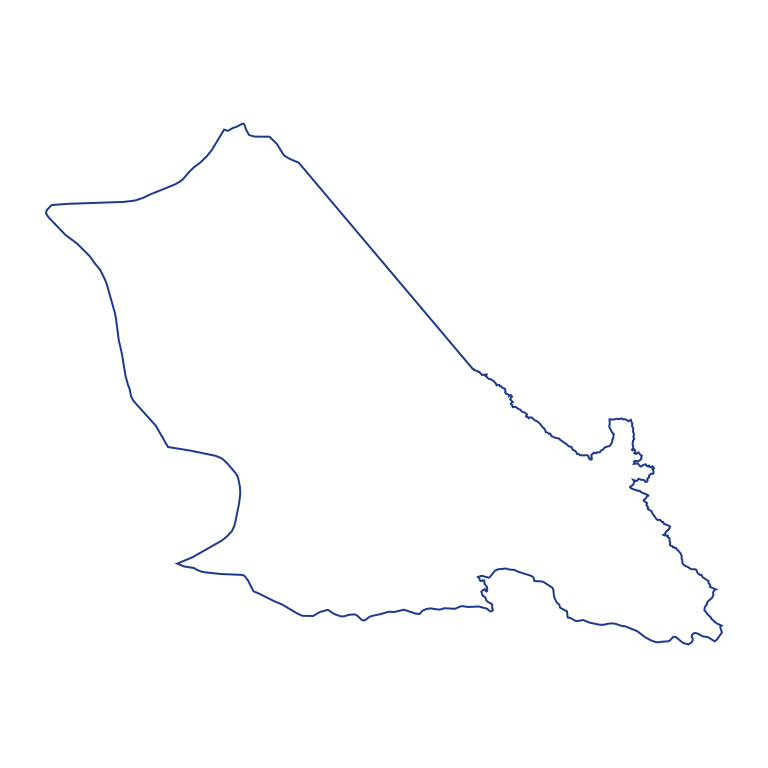 Bualapha, Khammouan, Laos
{"feature_id": "54806243B82377713639337", "entity_name": "Bualapha", "entity_type": "district", "adm_level": 2, "iso_a3": "LAO", "parent_name": "Laos", "parent_adm1": "Khammouan", "projection": "albers", "projection_center": [106.234, 17.341], "detail": "fine", "context": "isolated", "style": "outline", "palette": "blue", "viewbox_px": 768, "rotation_deg": 0, "n_neighbors": 0, "source": "geoboundaries", "source_scale": "gbopen_adm2", "svg_char_len": 6116}
<svg xmlns="http://www.w3.org/2000/svg" viewBox="0 0 768 768"><path d="M721.9,632.5L720.3,627.3L720.3,626.7L721.6,625.6L717.1,623.6L714.4,621.7L712.8,619.8L711.6,619.1L710.6,617.1L707.4,614.3L706.9,613.2L704.4,610.3L704.7,607.8L705.1,606.6L706.9,604.3L706.8,603.4L708.3,601.0L712.1,597.8L713.4,594.7L713.1,592.3L714.4,590.0L715.9,589.4L710.0,586.9L710.2,584.9L708.5,582.9L708.4,581.0L702.6,577.2L701.4,574.8L700.0,574.9L697.8,573.3L696.1,569.6L695.3,569.3L691.0,569.2L687.3,566.6L685.7,566.3L682.7,563.7L682.3,562.3L682.3,560.1L681.5,558.3L681.8,556.3L680.5,553.3L677.8,550.1L677.1,549.9L676.2,548.2L674.4,547.8L674.0,547.2L672.8,547.2L672.4,546.3L670.0,545.2L669.7,543.5L670.3,542.3L669.6,541.3L669.6,538.7L669.4,538.1L668.5,537.8L667.6,536.9L668.0,536.2L667.8,535.6L664.2,535.4L663.4,534.9L664.6,534.4L664.9,533.5L665.5,533.2L666.0,531.5L668.3,530.0L669.6,528.1L670.0,526.5L668.2,525.4L664.0,523.9L663.2,522.0L661.9,521.9L660.3,520.1L659.3,519.8L658.0,520.1L656.8,519.5L652.5,513.6L651.5,511.2L647.8,509.0L648.2,507.4L647.3,506.7L647.2,505.9L646.4,505.0L647.0,503.1L643.7,500.7L644.0,499.7L645.3,498.9L646.4,497.5L646.8,496.4L648.1,495.8L648.9,496.1L647.7,494.9L641.6,492.5L640.4,491.7L639.8,490.7L638.0,490.9L636.0,489.9L634.6,489.9L633.4,489.1L631.7,488.7L630.1,487.4L630.2,486.6L631.8,486.0L632.2,485.2L633.3,484.5L634.3,481.8L633.2,479.9L636.1,481.0L637.1,480.7L638.7,478.7L641.2,479.8L643.8,480.0L644.8,480.6L645.3,481.9L646.7,481.9L647.6,480.4L647.3,478.7L649.1,477.4L649.0,475.8L649.7,474.8L651.2,473.7L653.0,473.8L653.5,473.4L653.3,470.4L652.5,468.8L653.9,468.4L652.8,466.4L650.1,467.1L649.2,465.7L648.3,465.7L648.0,466.4L646.4,465.8L645.9,464.4L643.4,464.8L640.9,466.6L639.8,465.9L637.9,463.5L633.9,463.8L634.6,462.7L634.0,461.7L634.3,461.2L635.2,460.8L637.5,461.3L640.0,460.2L641.5,458.6L641.1,457.5L641.9,455.8L639.7,454.1L638.6,452.4L636.3,453.9L634.4,453.1L635.4,452.1L634.6,449.4L633.7,449.3L632.4,450.3L632.0,449.6L633.0,448.5L633.3,447.6L632.5,443.4L633.0,441.9L632.9,440.7L634.3,438.9L633.4,437.3L634.0,434.2L633.0,431.6L633.3,428.6L631.9,425.6L632.5,423.9L631.8,423.0L630.9,419.8L628.5,421.2L625.2,419.2L623.6,419.5L621.4,418.4L619.2,419.2L616.9,418.7L613.4,419.6L609.5,419.3L609.8,424.3L609.3,425.2L609.3,426.9L612.0,432.3L613.8,434.2L613.1,438.7L612.4,439.2L612.2,442.0L609.8,446.0L605.1,447.2L603.0,449.6L601.1,450.5L599.8,452.3L596.3,452.5L596.0,453.2L595.2,453.2L593.6,452.7L593.2,453.5L591.3,455.0L591.8,459.2L591.4,459.6L590.5,459.6L589.3,458.9L589.4,458.1L588.6,457.5L588.5,456.3L587.1,455.2L581.9,455.4L579.7,455.0L579.1,454.2L577.1,454.0L576.7,452.8L575.2,450.9L572.7,449.8L571.7,447.4L571.0,446.7L569.1,446.5L564.8,442.8L563.3,442.3L561.9,440.8L560.3,440.0L559.2,438.6L554.9,437.7L552.9,436.6L551.4,436.2L550.9,434.8L549.9,433.7L548.8,433.7L547.9,432.8L545.7,432.1L545.2,430.0L544.2,428.6L541.6,426.1L540.9,424.8L539.1,422.9L536.7,421.0L535.0,420.5L531.8,417.5L530.3,417.4L528.6,418.3L528.0,417.1L526.2,416.7L526.1,416.1L527.1,414.5L525.0,412.7L521.9,411.7L520.4,409.7L518.1,408.8L516.3,407.3L514.9,406.8L512.7,407.1L512.2,405.2L510.8,404.1L511.0,403.4L512.8,402.0L510.3,399.5L510.4,398.6L512.1,396.6L510.8,395.0L509.0,396.2L508.8,394.9L505.7,393.5L505.1,392.0L505.4,391.3L505.3,389.6L504.3,388.3L503.4,388.3L502.2,387.5L501.1,386.2L499.8,386.2L499.2,384.9L497.7,384.9L496.6,385.4L496.1,384.0L493.9,381.2L490.5,379.1L488.6,378.8L486.2,376.4L486.6,374.4L485.7,374.4L485.1,375.6L484.2,374.7L482.0,375.0L479.2,371.8L478.3,372.0L477.0,370.8L474.4,370.2L473.8,369.8L473.8,369.2L472.8,369.0L298.8,162.8L289.3,158.7L283.8,155.2L277.0,144.1L269.4,136.7L254.5,136.6L249.1,135.0L246.1,129.7L244.6,125.1L243.4,123.6L242.0,123.9L237.4,126.4L231.8,128.5L228.5,130.7L227.3,130.7L224.1,129.6L211.7,150.2L206.5,156.6L200.0,162.8L194.0,167.2L189.8,171.3L183.1,179.0L181.1,180.8L175.2,184.3L149.5,194.7L143.5,197.7L134.8,200.6L123.7,201.9L68.9,203.8L52.9,204.9L51.4,205.2L46.8,210.1L46.1,212.3L46.1,213.5L48.6,217.4L65.5,235.0L77.2,243.7L89.9,256.4L94.5,263.0L100.1,269.7L105.2,280.1L106.9,284.6L114.7,312.3L115.9,317.8L118.7,339.7L122.0,354.4L125.6,376.3L128.0,384.8L129.7,389.2L131.1,396.6L133.7,401.2L155.7,425.6L168.0,447.0L190.9,450.7L215.4,455.8L221.0,458.0L223.4,459.7L227.7,463.9L235.4,472.9L237.5,476.3L238.3,478.8L239.8,486.3L240.3,492.8L239.9,497.0L239.0,503.7L235.3,522.2L234.1,526.5L231.9,531.1L227.3,536.1L221.8,540.6L192.2,557.4L177.2,563.6L183.8,566.4L194.0,568.0L196.9,569.8L201.3,571.6L205.0,572.3L220.8,574.0L242.0,574.9L244.3,575.7L247.9,580.3L253.5,591.3L258.6,593.4L274.2,601.2L281.9,604.4L297.1,613.4L302.3,615.8L313.0,616.0L320.2,611.9L327.6,609.9L329.4,610.6L331.2,612.2L335.6,614.6L341.5,616.5L344.3,616.2L349.3,614.8L353.3,614.4L355.5,614.6L357.4,615.8L361.3,619.6L363.2,620.5L364.7,620.4L369.5,616.8L372.6,615.8L379.7,614.3L388.9,611.7L394.3,612.0L403.9,609.7L415.3,613.5L419.6,614.0L422.5,610.6L426.8,608.9L430.5,608.4L438.8,609.6L442.2,609.1L444.1,608.2L454.7,608.8L460.4,606.5L462.7,606.1L467.7,607.0L478.8,606.5L487.0,608.7L489.3,610.8L490.8,611.4L491.9,611.2L493.0,610.0L492.1,608.4L492.3,605.7L491.8,604.0L488.0,602.0L486.9,601.1L486.2,600.1L485.6,597.9L483.7,596.1L482.6,595.7L481.4,591.6L482.6,590.3L484.9,589.1L485.6,591.0L486.3,591.5L486.9,591.3L487.3,589.9L486.9,586.7L484.5,583.8L484.3,580.6L482.8,580.3L481.7,581.2L479.9,580.4L479.3,578.2L478.0,577.1L480.4,576.1L482.3,575.9L488.9,577.7L489.7,577.3L494.8,570.8L497.7,569.4L505.9,568.5L509.1,569.5L514.0,569.9L519.0,572.0L531.1,575.8L533.0,577.1L533.8,578.3L534.4,581.0L541.7,581.5L543.4,581.9L552.5,587.8L553.3,589.5L553.9,595.4L554.7,598.4L556.7,602.5L559.3,604.6L559.9,607.5L567.0,611.5L567.7,617.5L570.6,618.1L575.9,621.0L577.0,621.2L583.1,620.0L589.5,622.6L598.9,624.6L602.7,624.9L608.8,623.6L612.7,623.4L615.5,623.8L621.9,626.0L625.2,626.3L637.1,631.1L645.3,637.3L651.0,640.4L655.7,642.1L658.5,642.3L661.9,641.7L668.5,641.3L670.2,640.2L673.3,636.8L675.8,637.0L683.1,643.0L688.3,644.4L691.5,642.5L692.7,640.4L692.6,638.6L691.6,636.2L692.3,634.6L693.8,633.3L695.4,633.0L698.5,633.9L702.5,636.3L708.1,637.2L714.6,641.3L715.8,640.6L717.5,638.7L721.9,632.5Z" fill="none" stroke="#1e3a8a" stroke-width="2"/></svg>